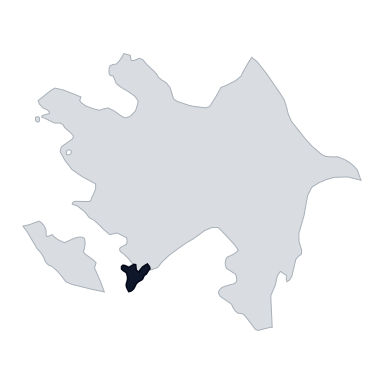 Zəngilan highlighted on a map of Azerbaijan
{"feature_id": "AZE-1740", "entity_name": "Zəngilan", "entity_type": "District", "adm_level": 1, "iso_a3": "AZE", "parent_name": "Azerbaijan", "parent_adm1": "", "projection": "equal_earth", "projection_center": [46.619, 39.055], "detail": "fine", "context": "in_parent", "style": "filled", "palette": "ink", "viewbox_px": 384, "rotation_deg": 0, "n_neighbors": 0, "source": "natural_earth", "source_scale": "10m", "svg_char_len": 3853}
<svg xmlns="http://www.w3.org/2000/svg" viewBox="0 0 384 384"><path d="M272.2,327.4L270.5,327.3L258.0,330.4L255.4,329.4L244.6,315.3L242.4,313.8L237.8,313.1L235.1,310.8L232.8,307.1L231.6,304.3L220.5,296.6L218.8,293.9L218.6,291.4L220.2,289.2L222.0,287.4L227.4,285.5L233.7,283.8L235.7,282.7L236.7,280.6L236.6,277.4L235.6,274.2L226.5,268.4L225.5,265.9L225.2,262.9L225.7,259.7L227.1,257.2L234.4,253.8L238.3,250.3L235.8,246.3L227.8,237.4L218.4,227.6L212.1,227.5L204.9,230.4L193.4,238.8L187.0,242.4L178.6,248.3L169.6,254.9L162.1,261.9L157.5,267.7L149.2,270.3L145.0,275.2L131.1,289.8L127.2,289.6L127.0,282.4L127.2,276.6L126.3,273.3L121.8,268.7L121.8,266.8L123.0,265.6L126.4,266.3L130.8,266.1L133.0,264.3L128.2,258.3L124.0,254.3L120.4,251.6L119.7,250.0L119.6,248.9L120.4,247.5L126.5,244.2L127.1,241.2L126.7,237.8L117.0,232.9L109.8,234.7L103.3,229.1L99.1,224.8L94.0,220.2L89.3,217.7L84.9,211.9L77.2,205.9L72.3,204.3L72.3,203.3L73.2,202.2L75.3,201.3L89.1,201.6L90.8,200.5L91.6,197.9L93.5,194.2L95.7,188.6L95.6,183.9L81.8,176.4L71.8,169.4L64.9,160.3L60.3,152.0L60.4,149.2L61.8,146.5L72.6,138.8L73.3,136.9L73.1,135.5L69.3,131.6L64.5,127.5L63.0,124.6L60.0,123.1L54.3,123.0L44.3,118.0L42.1,117.5L41.7,116.5L42.2,115.5L49.4,113.5L49.3,111.9L47.1,109.7L43.1,108.1L39.4,104.1L38.1,100.6L51.1,90.2L55.0,88.1L63.4,90.0L80.9,96.9L79.7,100.7L81.5,102.9L85.5,105.8L93.3,108.8L99.8,110.3L103.1,109.0L108.2,107.9L114.7,111.3L120.7,115.6L123.8,117.4L125.4,117.9L130.0,116.5L135.5,110.9L137.6,104.2L138.2,100.9L135.0,96.4L128.4,91.6L121.0,87.3L116.3,83.6L113.3,76.2L110.2,75.4L109.4,74.4L108.9,71.9L109.1,68.4L110.1,65.7L113.1,64.5L116.1,64.1L118.9,61.5L122.3,56.4L123.8,53.6L130.2,55.2L131.0,59.8L132.2,60.7L134.9,60.2L139.3,58.3L142.8,59.7L147.4,65.1L153.7,70.9L157.1,74.7L158.4,77.3L161.6,79.9L166.4,82.9L170.1,87.7L173.5,98.7L176.9,101.3L189.1,105.4L193.3,106.3L205.3,107.8L209.5,106.7L215.6,97.2L221.0,87.4L226.2,85.4L235.5,80.7L241.0,76.2L243.3,71.4L248.5,62.3L251.7,57.3L257.2,61.8L266.8,74.0L280.6,94.1L284.1,99.7L286.3,106.3L288.3,114.3L291.5,121.4L305.6,139.2L311.6,145.8L321.5,154.3L325.0,156.2L329.6,156.8L337.9,156.8L345.7,160.1L349.6,162.5L353.6,165.9L357.2,169.8L361.0,180.3L347.5,176.9L334.0,177.4L326.3,179.6L319.0,182.7L311.9,187.1L307.6,195.5L304.1,215.2L298.8,233.6L299.1,242.1L301.7,250.3L301.4,254.2L298.9,255.9L295.8,259.4L291.8,276.3L289.8,279.7L287.1,281.8L286.3,279.8L286.4,275.4L280.4,271.4L277.3,275.9L275.3,285.2L271.0,295.1L270.8,296.9L272.2,327.4ZM70.9,153.7L71.5,151.1L69.8,149.9L68.0,149.9L66.4,151.2L66.4,154.4L68.6,155.0L70.9,153.7ZM26.0,230.2L23.9,227.5L23.0,226.0L29.0,224.8L39.0,221.1L41.7,222.9L44.6,226.6L46.0,229.8L46.2,235.6L47.4,236.6L52.3,234.6L54.4,237.0L58.2,239.8L64.6,242.7L74.0,238.3L78.6,237.1L82.4,237.2L84.5,238.6L85.2,243.2L84.4,248.8L83.3,251.9L85.3,254.2L92.9,259.6L96.1,262.7L94.5,267.9L100.2,280.8L102.1,285.8L104.3,291.9L92.6,289.5L71.6,284.3L65.8,281.7L60.3,274.5L57.1,271.0L52.3,266.6L48.3,264.9L45.4,261.8L43.7,257.3L41.2,253.2L36.9,248.3L27.2,231.9L26.0,230.2ZM39.3,121.3L38.0,122.2L36.0,121.3L35.4,119.3L35.6,117.2L37.6,116.7L39.2,117.3L39.6,119.2L39.3,121.3Z" fill="#d9dde1" stroke="#a8b0b8" stroke-width="1"/><path d="M128.7,267.4L129.4,267.3L132.2,265.2L133.5,265.2L134.0,264.9L133.8,264.4L135.7,264.6L136.3,270.3L138.8,271.9L140.6,269.3L142.6,266.9L145.0,265.3L147.4,263.9L149.5,266.7L150.0,268.9L149.1,269.7L148.3,270.7L146.7,273.5L146.4,274.0L145.9,274.4L144.9,274.9L144.4,275.3L143.7,276.5L142.7,278.9L141.7,279.9L138.2,281.8L137.1,282.7L136.2,283.8L134.5,287.4L133.8,288.6L133.0,289.5L132.0,290.3L131.1,291.0L129.7,291.5L128.7,291.6L126.5,287.0L126.3,286.1L126.2,285.1L126.3,284.1L126.5,283.1L126.6,282.9L126.7,282.7L127.5,280.1L127.7,277.9L127.3,275.6L126.6,273.0L125.1,271.8L123.1,270.6L121.5,269.0L121.5,266.5L122.9,265.2L125.0,265.5L128.7,267.4Z" fill="#0f172a" stroke="#020617" stroke-width="1.5"/></svg>